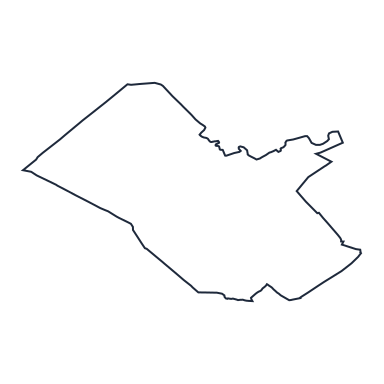 the district of Aknīste, Aknistes, Latvia
{"feature_id": "27541924B22014355946126", "entity_name": "Aknīste", "entity_type": "district", "adm_level": 2, "iso_a3": "LVA", "parent_name": "Latvia", "parent_adm1": "Aknistes", "projection": "robinson", "projection_center": [25.749, 56.161], "detail": "fine", "context": "isolated", "style": "outline", "palette": "slate", "viewbox_px": 384, "rotation_deg": 0, "n_neighbors": 0, "source": "geoboundaries", "source_scale": "gbopen_adm2", "svg_char_len": 3583}
<svg xmlns="http://www.w3.org/2000/svg" viewBox="0 0 384 384"><path d="M198.4,292.4L206.4,292.5L216.9,292.7L222.0,293.7L224.4,295.4L224.5,296.8L225.8,298.4L227.4,298.8L227.9,298.4L229.8,298.7L231.3,298.9L232.9,298.6L236.7,299.6L238.0,300.1L240.2,299.8L241.3,299.8L242.8,299.7L244.6,300.3L246.5,300.7L248.8,300.9L252.4,301.1L251.3,299.1L251.0,297.8L255.7,293.7L257.3,292.5L258.8,291.6L260.0,291.1L261.0,290.5L261.8,289.6L262.5,288.5L263.8,287.5L265.4,286.2L266.2,285.3L266.9,284.2L267.3,284.4L268.2,285.0L269.1,285.7L270.2,286.4L270.7,286.7L271.8,287.5L272.0,287.7L272.3,288.0L273.3,289.1L273.7,289.5L275.2,290.8L276.7,292.2L277.4,292.8L278.6,293.5L279.2,294.0L279.3,294.1L279.9,294.6L280.3,295.0L281.0,295.5L289.2,300.2L291.0,300.0L292.7,299.6L300.3,298.1L300.1,297.7L301.8,296.5L307.8,292.7L318.6,285.5L324.1,281.9L341.5,271.1L351.5,263.3L358.2,256.8L358.8,256.0L359.4,255.2L361.0,253.2L360.4,252.4L360.6,252.2L360.2,249.7L358.6,249.5L355.9,249.1L341.9,244.6L343.0,242.4L343.4,241.6L343.2,241.6L341.1,241.4L341.2,240.2L340.9,239.2L340.2,237.9L338.0,235.1L327.3,222.7L323.1,218.0L318.9,212.8L317.3,213.2L306.7,202.5L305.9,201.7L296.7,191.1L308.3,177.1L324.6,166.3L325.7,165.7L331.4,161.7L316.1,153.8L320.5,152.6L342.8,142.7L338.1,131.5L332.4,131.8L329.0,133.4L328.2,135.7L328.9,139.2L327.3,141.0L323.0,143.8L319.8,144.9L316.0,144.9L311.6,142.9L308.9,138.1L307.1,136.1L306.3,136.1L305.2,136.1L299.6,137.7L293.1,139.5L287.1,140.5L286.4,141.0L285.4,142.6L285.5,143.4L285.5,144.9L285.2,145.4L283.5,147.2L282.1,147.8L281.2,148.1L280.6,148.7L280.9,150.0L280.6,150.9L278.4,151.9L276.0,149.8L273.3,151.2L270.9,152.2L269.4,152.6L266.0,155.0L263.0,156.6L261.4,157.5L259.9,158.5L258.2,159.0L256.5,159.5L254.4,158.3L254.0,158.1L251.0,156.6L248.6,155.3L247.7,154.4L247.7,153.7L247.4,152.2L247.1,150.3L243.7,147.3L240.3,146.4L239.2,146.8L238.9,147.0L238.7,147.3L238.8,148.8L239.9,150.0L240.7,150.9L239.4,151.9L234.3,153.0L226.3,155.7L225.4,155.7L225.1,155.6L224.9,155.1L222.8,150.0L222.7,149.9L222.4,149.9L220.9,149.8L220.3,149.7L219.8,149.4L219.7,148.8L219.1,146.5L217.9,145.9L216.4,145.9L215.9,145.7L215.7,145.6L215.6,145.4L215.6,145.0L215.9,144.4L216.0,144.3L217.5,143.5L217.9,143.3L218.1,143.2L218.6,143.1L219.0,142.8L219.1,142.3L219.0,142.1L218.8,141.9L218.7,141.8L218.5,141.4L218.2,141.0L218.1,140.9L216.8,141.1L216.2,141.2L215.7,141.3L214.9,141.3L213.8,141.5L213.2,141.7L212.7,141.7L212.2,141.9L211.8,142.0L211.1,142.0L210.6,141.9L210.2,141.7L209.8,141.3L209.3,140.8L208.9,140.3L207.9,138.8L207.6,138.6L207.3,138.4L206.8,138.2L206.5,138.0L206.2,137.9L204.0,137.5L203.6,137.4L203.2,137.2L202.3,136.9L201.4,136.3L200.9,136.0L200.4,135.4L200.1,135.3L199.6,134.7L201.2,132.7L203.4,130.7L204.1,130.1L205.4,127.6L204.9,126.5L202.8,125.0L200.2,123.4L195.5,119.4L191.4,114.8L183.3,106.8L181.3,104.7L172.4,96.1L162.9,85.9L160.8,84.5L154.9,82.9L154.1,82.9L139.7,84.0L136.6,84.3L131.1,84.8L127.5,84.3L127.1,84.6L122.0,88.8L112.2,96.9L108.9,99.6L106.8,101.3L106.5,101.6L106.1,101.9L96.1,109.8L90.8,114.0L85.7,118.0L82.4,120.6L79.7,122.9L74.5,127.2L66.7,133.7L64.9,135.2L60.0,139.4L42.8,152.8L37.7,157.1L37.4,157.5L37.2,157.9L36.1,159.6L32.5,162.5L23.0,170.2L31.2,171.8L36.7,175.4L56.2,184.8L57.3,185.6L66.7,190.5L75.5,195.2L88.4,201.8L100.1,208.0L100.8,208.3L105.3,210.2L108.1,211.3L116.6,216.6L119.4,218.1L128.2,222.4L130.9,223.8L132.9,226.9L133.0,230.0L137.5,236.9L141.5,243.1L144.9,248.2L146.7,248.8L149.9,251.5L152.2,253.4L155.9,256.5L160.0,259.9L162.3,261.8L164.6,263.8L176.6,273.9L183.7,280.0L191.1,285.8L192.6,287.4L198.1,292.2L198.4,292.4Z" fill="none" stroke="#1e293b" stroke-width="2"/></svg>